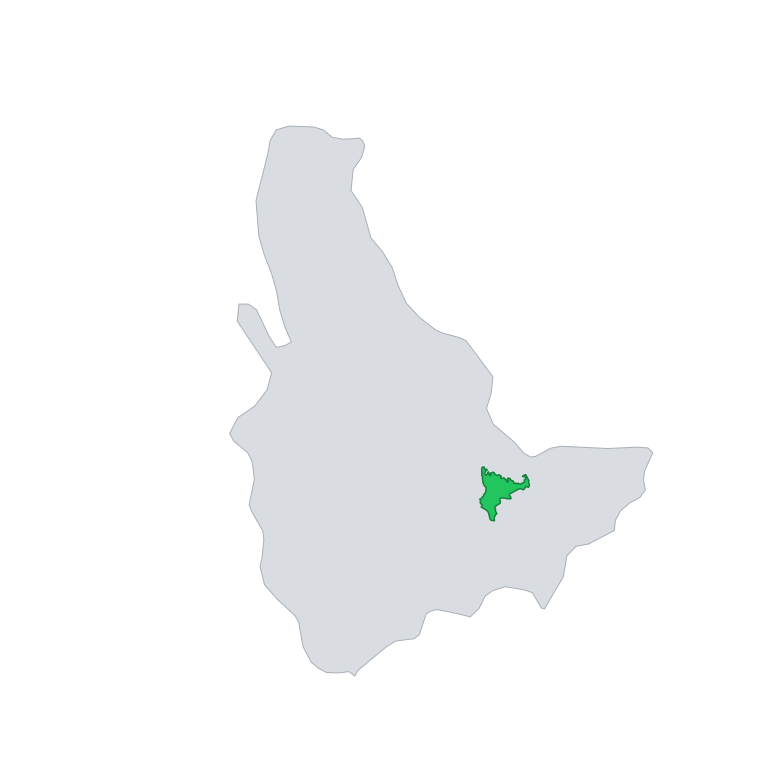 Tamayo, Bahoruco, Dominican Republic shown in context, rotated 241°
{"feature_id": "3306468B80057745223349", "entity_name": "Tamayo", "entity_type": "district", "adm_level": 2, "iso_a3": "DOM", "parent_name": "Dominican Republic", "parent_adm1": "Bahoruco", "projection": "natural_earth1", "projection_center": [-71.147, 18.477], "detail": "fine", "context": "in_parent", "style": "filled", "palette": "green", "viewbox_px": 768, "rotation_deg": 241, "n_neighbors": 0, "source": "geoboundaries", "source_scale": "gbopen_adm2", "svg_char_len": 7097}
<svg xmlns="http://www.w3.org/2000/svg" viewBox="0 0 768 768"><g transform="rotate(241 384 384)"><path d="M144.2,514.3L144.9,485.1L148.9,473.3L145.2,460.8L128.6,447.5L118.5,430.5L109.5,415.4L111.5,413.2L129.6,412.5L135.9,406.9L148.1,391.5L150.5,379.0L149.5,369.6L141.6,358.3L138.5,346.5L148.3,336.1L161.0,321.0L162.8,315.2L162.5,309.4L147.7,293.5L146.7,286.7L153.6,269.4L152.9,258.0L146.1,222.2L142.8,216.9L149.4,213.9L153.8,203.3L159.6,193.8L167.3,188.7L176.0,185.5L193.4,185.8L217.4,194.0L224.2,193.9L247.2,186.4L266.3,182.2L284.3,187.0L291.6,193.4L306.4,203.6L313.9,206.7L337.4,206.5L343.8,207.5L363.5,224.4L380.1,231.1L389.8,231.5L407.0,224.9L415.6,225.1L425.4,239.7L427.4,260.3L435.7,279.1L448.3,291.2L510.3,286.1L524.2,296.0L519.5,304.2L510.7,308.5L481.2,306.6L468.3,307.6L465.7,315.7L465.7,323.3L483.0,325.1L499.9,328.9L517.2,335.0L534.7,339.1L554.5,341.8L574.0,346.2L606.5,361.0L642.5,394.7L652.1,402.4L658.5,413.0L655.6,426.0L642.8,447.3L635.6,454.1L625.0,458.3L617.8,467.0L610.8,481.9L606.6,483.2L601.5,482.6L592.9,474.1L586.7,461.2L569.3,449.0L548.7,450.6L518.3,443.4L500.0,446.9L481.6,447.6L462.8,444.0L443.9,442.7L425.1,447.3L406.8,455.1L400.0,460.0L388.3,472.2L382.1,476.7L337.6,482.8L324.7,473.9L312.8,461.7L295.7,460.1L270.9,469.5L255.3,472.9L249.0,476.9L247.2,481.5L247.1,498.5L243.6,508.9L219.4,547.9L205.7,575.4L200.1,583.9L193.6,585.8L181.7,569.9L174.1,564.2L164.7,561.3L160.7,552.9L160.8,541.0L158.4,529.4L152.6,520.3L144.2,514.3Z" fill="#d9dde1" stroke="#a8b0b8" stroke-width="1"/><path d="M236.8,412.0L235.9,412.0L235.6,411.9L235.4,411.9L235.1,411.7L234.4,411.1L233.5,410.6L233.1,410.5L232.7,410.5L232.3,410.6L232.0,410.8L231.5,411.3L231.2,411.4L230.9,411.5L230.6,411.4L230.3,411.2L230.1,411.0L230.0,410.8L229.9,410.1L229.9,409.9L229.7,409.7L229.3,409.5L229.1,409.4L228.9,409.5L228.6,409.6L227.7,410.3L227.3,410.5L226.8,410.8L226.4,411.1L225.9,411.3L225.6,411.5L225.1,411.8L224.7,412.0L224.2,412.3L223.7,412.5L223.1,412.8L222.9,412.9L222.2,412.9L221.1,412.9L220.2,412.9L219.8,412.8L219.3,412.5L219.0,412.4L218.0,412.3L217.7,412.3L216.9,411.9L215.9,411.8L215.2,411.5L215.0,411.4L214.4,411.3L214.1,411.3L213.6,411.4L213.3,411.5L212.6,411.9L212.3,412.2L212.0,412.5L211.8,412.8L211.6,413.4L211.0,414.3L211.7,414.7L212.1,414.9L212.6,415.2L213.5,415.4L213.6,415.6L213.9,415.8L214.3,416.3L214.5,416.8L214.6,417.0L214.8,417.2L215.2,417.5L215.3,417.6L215.6,418.4L215.7,418.6L215.7,419.4L215.8,419.6L216.1,419.8L216.3,419.9L218.1,419.9L218.7,419.9L218.9,420.0L220.1,420.7L220.3,420.8L220.7,420.9L221.6,420.9L221.8,420.9L222.1,421.1L222.7,421.4L222.8,421.6L222.8,421.8L222.9,422.7L223.2,423.4L223.3,423.8L223.3,424.5L223.3,426.8L223.4,427.2L223.5,427.6L223.7,427.9L224.0,428.3L224.3,428.5L224.6,428.7L224.8,428.8L225.0,428.9L226.1,428.9L226.3,429.0L226.5,429.0L227.0,429.3L227.1,429.5L227.3,430.0L227.4,430.5L227.3,431.2L227.3,431.6L227.2,432.0L227.0,432.3L226.2,433.2L226.1,433.4L225.9,433.9L225.7,434.2L225.4,434.6L224.2,435.8L224.0,436.2L223.8,436.4L223.6,436.9L223.2,437.6L223.1,437.8L222.6,438.0L222.4,438.3L222.4,438.6L222.4,438.9L222.4,439.3L222.4,439.5L222.5,439.7L222.6,439.8L222.8,439.9L223.3,439.9L225.8,439.9L226.3,439.9L226.5,440.0L226.7,440.3L226.8,440.6L226.9,440.8L226.9,441.2L226.9,443.4L226.9,450.7L226.8,451.1L226.7,451.5L226.3,452.4L226.2,452.7L225.8,453.1L225.3,453.6L225.0,453.8L224.6,454.0L224.3,454.2L224.1,454.5L223.9,454.8L223.9,455.0L224.0,455.2L224.2,455.8L225.0,457.4L225.3,458.1L225.3,458.4L225.3,458.6L225.1,459.1L224.2,459.7L223.7,460.0L223.8,460.6L223.8,460.8L224.0,461.1L224.1,461.3L224.4,461.6L224.8,461.8L225.6,462.3L225.9,462.3L226.7,462.5L227.4,462.8L228.2,463.0L229.0,463.5L229.3,463.9L230.8,463.9L235.5,464.0L235.8,463.9L236.0,463.8L236.1,463.7L236.2,463.2L236.3,461.7L236.3,461.1L236.2,460.8L236.1,460.6L235.8,460.5L235.6,460.6L235.2,461.1L235.0,461.4L234.8,462.2L234.7,462.3L234.4,462.4L234.0,462.5L233.4,462.5L232.9,462.4L232.6,462.3L232.4,462.1L232.3,461.8L232.2,461.5L232.2,460.4L232.1,460.2L231.8,459.9L231.1,459.9L230.8,459.8L230.3,459.4L230.1,459.3L230.1,459.2L230.2,458.4L230.2,458.2L230.1,457.9L230.1,457.6L230.1,457.3L230.3,456.9L230.4,456.6L230.4,456.4L230.3,456.0L230.1,455.5L230.1,455.3L230.1,455.1L230.2,454.8L230.4,454.5L230.7,454.3L231.0,453.9L231.2,453.7L231.5,453.5L231.9,453.4L232.1,453.3L232.2,453.0L232.3,452.2L232.4,451.9L232.5,451.7L232.8,451.5L233.2,451.4L233.4,451.3L233.4,451.2L233.5,451.0L233.6,450.2L233.7,449.8L234.0,449.6L234.6,449.5L234.9,449.5L235.3,449.8L235.6,449.9L236.1,450.0L236.5,449.9L236.8,449.7L237.5,449.1L238.1,448.8L238.6,448.3L238.8,448.2L239.0,448.1L239.4,448.1L239.8,448.4L240.0,448.4L240.4,448.3L240.6,448.1L241.1,447.6L241.4,447.2L241.4,446.9L241.4,446.7L241.1,446.0L241.0,445.8L240.8,445.7L240.6,445.5L240.3,445.5L240.1,445.5L239.8,445.6L239.3,445.9L239.1,445.9L238.8,445.8L238.6,445.6L238.5,445.3L238.4,445.1L238.4,444.9L238.5,444.5L238.6,444.3L238.8,444.2L239.0,444.0L239.4,444.0L241.1,444.0L241.7,444.0L242.0,443.9L242.6,443.6L243.3,443.5L243.5,443.5L243.7,443.4L243.8,443.2L243.9,442.6L244.4,441.4L244.6,441.0L245.0,440.7L245.3,440.6L245.5,440.6L245.8,440.8L245.9,441.0L246.1,441.5L246.3,441.7L246.5,441.8L246.8,441.7L247.2,441.3L247.4,441.2L247.7,441.1L248.4,441.0L248.6,440.9L248.9,440.4L249.0,440.1L248.8,439.4L248.8,439.2L249.0,438.8L249.1,438.6L249.4,438.3L249.7,438.1L250.4,437.9L250.7,437.8L251.2,437.3L251.5,437.2L252.0,437.1L252.6,437.4L252.8,437.4L253.5,437.1L253.7,436.9L253.9,436.6L254.0,436.4L254.2,435.3L254.4,434.7L254.4,434.3L254.4,434.1L254.3,433.9L254.0,433.7L253.7,433.6L253.1,433.6L252.9,433.6L252.7,433.5L252.5,433.3L252.4,433.2L252.3,432.7L252.4,432.4L252.6,432.3L252.9,432.1L253.1,432.1L253.5,432.3L254.1,432.3L254.6,432.5L254.9,432.6L255.8,432.6L256.5,432.6L256.4,432.2L256.2,431.8L256.1,431.5L255.9,431.3L255.4,431.0L255.3,430.9L255.1,430.7L255.0,430.4L254.9,429.9L254.9,429.6L254.9,429.2L255.0,428.9L255.2,428.7L255.5,428.6L256.7,428.6L256.9,428.6L257.1,428.7L257.4,428.9L257.5,429.1L257.7,429.6L257.9,429.8L258.1,430.0L258.5,430.3L258.7,430.5L258.7,430.8L258.6,431.4L258.5,431.7L258.6,432.0L258.8,432.4L258.9,432.5L259.1,432.6L259.3,432.7L259.5,432.6L259.8,432.3L259.9,431.6L260.0,431.4L260.3,431.2L261.0,431.0L261.6,430.8L261.8,430.8L262.0,430.8L262.5,431.4L262.9,431.2L263.1,431.0L263.3,430.7L263.4,430.3L263.5,429.8L263.4,429.3L263.3,429.1L263.2,428.9L262.9,428.7L262.4,428.4L261.7,427.8L261.5,427.7L260.9,427.6L260.7,427.5L260.3,427.2L259.9,427.1L259.4,426.7L259.0,426.6L258.5,426.2L258.1,426.0L257.6,425.7L256.8,425.3L256.6,425.2L256.0,425.1L255.1,425.1L254.7,425.0L254.4,424.9L253.8,424.4L253.6,424.2L252.8,424.0L252.1,423.7L251.3,423.6L251.0,423.5L250.7,423.3L250.2,422.8L249.9,422.7L249.6,422.7L249.2,422.8L248.5,422.6L248.0,422.5L247.4,422.5L245.8,422.6L245.3,422.6L244.6,423.0L244.3,423.0L243.9,423.0L243.7,422.9L242.1,421.9L241.2,421.2L240.6,420.9L240.2,420.5L239.9,420.1L239.4,419.0L239.2,418.4L238.8,417.5L238.5,417.2L238.1,416.9L237.9,416.8L237.8,416.6L237.7,416.4L237.6,416.1L237.5,415.4L237.5,415.1L237.3,414.7L236.8,414.1L236.7,413.7L236.7,413.4L236.7,412.9L236.7,412.4L236.8,412.0Z" fill="#22c55e" stroke="#15803d" stroke-width="1.5"/></g></svg>